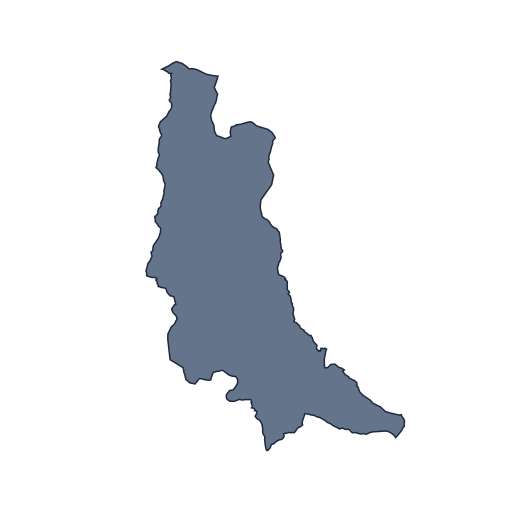 Campeni, Alba, Romania (orthographic projection), rotated 348°
{"feature_id": "2599482B40303754210637", "entity_name": "Campeni", "entity_type": "district", "adm_level": 2, "iso_a3": "ROU", "parent_name": "Romania", "parent_adm1": "Alba", "projection": "orthographic", "projection_center": [23.042, 46.415], "detail": "fine", "context": "isolated", "style": "filled", "palette": "slate", "viewbox_px": 512, "rotation_deg": 348, "n_neighbors": 0, "source": "geoboundaries", "source_scale": "gbopen_adm2", "svg_char_len": 6101}
<svg xmlns="http://www.w3.org/2000/svg" viewBox="0 0 512 512"><g transform="rotate(348 256 256)"><path d="M362.3,456.9L362.9,455.8L364.5,454.1L365.8,453.3L365.7,452.4L367.0,448.3L366.6,445.8L365.4,443.5L365.1,441.3L363.2,441.4L361.3,440.6L354.9,437.6L350.2,435.0L346.3,429.5L339.7,424.3L337.9,420.9L331.7,414.5L329.1,410.2L328.6,405.7L328.4,404.8L327.8,404.5L327.8,403.7L327.6,403.3L328.1,402.7L328.2,401.7L328.1,400.7L326.9,398.8L321.8,394.8L321.6,394.6L321.7,393.9L321.6,393.6L318.3,390.1L316.9,386.5L318.7,385.9L316.9,383.9L315.0,382.7L313.9,382.3L310.8,378.3L310.0,378.0L306.5,377.7L303.5,379.8L302.7,380.0L300.7,379.9L300.1,379.2L300.2,377.1L301.4,370.9L303.6,366.0L304.6,363.3L304.5,363.0L305.7,361.9L304.9,360.8L304.0,360.5L302.7,361.0L301.6,360.0L300.2,359.9L299.6,361.7L299.1,362.4L298.3,361.7L297.3,362.3L297.0,360.9L295.8,359.5L296.5,357.3L297.1,356.1L294.8,352.2L294.5,351.4L294.2,349.9L294.0,347.5L293.5,346.5L293.3,345.1L291.9,345.0L289.8,342.6L289.7,342.2L288.2,340.7L287.5,339.8L287.6,338.6L285.7,337.0L284.6,335.8L284.3,335.1L284.1,333.4L281.6,329.6L279.6,328.5L279.5,328.0L279.8,327.4L280.7,325.9L280.3,321.0L280.1,320.3L281.7,316.1L281.9,315.0L281.9,314.3L281.2,312.6L281.2,311.6L281.7,310.3L280.8,308.6L281.3,307.4L281.2,305.9L281.3,302.9L281.1,302.1L280.4,301.4L279.6,299.7L281.1,298.8L281.0,297.8L280.5,296.8L279.6,295.4L281.1,288.4L280.9,287.8L281.3,287.3L279.9,285.5L279.5,285.3L279.6,284.6L280.2,284.6L279.5,282.7L277.7,281.2L275.0,279.4L274.4,278.8L274.1,277.7L274.3,276.2L274.4,272.4L274.6,271.4L275.6,270.4L275.9,269.2L276.4,268.8L276.7,267.7L277.0,267.2L278.2,266.2L278.7,265.1L280.2,263.0L280.3,262.5L280.3,259.9L280.6,258.9L281.7,257.9L282.8,257.4L283.0,256.9L283.1,256.2L282.4,254.7L282.3,253.9L282.7,248.9L282.6,247.5L282.7,246.7L283.4,244.9L283.3,243.2L283.5,241.7L283.7,237.5L282.6,235.8L282.4,234.5L282.0,233.9L278.5,230.9L276.8,228.0L276.3,225.6L274.8,223.3L271.7,220.6L270.5,219.0L270.2,218.2L270.3,214.9L270.0,212.3L270.5,208.1L272.5,202.1L286.1,189.5L290.1,180.5L288.4,172.4L287.5,166.5L289.0,163.7L289.1,161.4L292.0,156.5L293.7,152.9L295.7,149.5L295.9,148.0L296.8,146.3L299.0,144.9L299.4,143.9L297.4,138.6L294.1,134.7L283.5,128.8L280.5,124.8L278.5,123.5L275.5,123.4L268.5,124.0L263.8,123.5L262.5,124.5L259.1,124.5L258.4,125.1L256.7,129.0L256.5,130.0L256.2,133.7L251.9,134.8L250.6,134.8L249.4,134.5L246.0,132.1L242.7,130.2L242.4,129.7L241.4,125.9L241.5,123.4L242.0,119.6L241.3,116.1L240.6,114.0L240.8,113.0L240.8,110.2L241.0,108.6L243.4,104.5L245.8,101.0L246.0,100.3L248.3,97.9L250.3,93.9L250.6,92.2L252.1,89.9L250.2,82.5L253.9,76.5L256.2,72.1L251.7,70.8L248.9,69.4L246.3,68.5L244.0,67.0L237.5,61.8L234.8,60.3L232.0,59.3L229.8,59.4L229.2,58.8L228.5,57.6L227.0,55.7L223.7,52.2L218.5,49.3L214.7,50.1L209.9,51.9L202.9,53.7L204.2,54.3L206.8,56.8L207.5,57.1L207.9,57.6L208.4,58.9L209.0,59.3L211.0,59.7L211.4,59.9L210.5,60.9L210.1,61.7L210.3,63.1L210.2,64.2L209.9,65.2L208.9,66.7L208.7,67.4L208.8,69.2L208.5,70.1L208.5,71.0L208.3,71.7L206.4,78.1L205.5,79.8L205.5,82.6L205.3,83.5L205.1,84.0L203.7,85.1L203.6,85.8L203.8,86.7L204.8,88.3L205.1,89.1L204.7,90.9L204.9,91.9L203.8,94.0L202.4,95.6L201.2,96.3L198.4,99.9L197.7,100.7L190.5,104.8L187.6,108.7L187.5,109.6L188.1,111.6L188.0,112.3L187.8,112.7L188.2,114.7L188.0,115.3L188.8,117.7L188.6,118.9L187.8,119.8L186.0,121.3L185.3,122.8L185.1,124.4L183.1,129.5L181.9,133.7L182.4,135.7L182.5,136.9L182.3,137.7L180.5,140.1L177.7,146.2L178.0,147.2L177.8,147.5L176.7,148.2L176.6,148.8L179.1,152.2L179.5,153.6L180.3,154.2L180.4,155.1L181.4,157.7L181.6,158.7L181.3,163.1L182.0,166.8L181.4,169.1L180.9,169.9L180.6,170.8L179.9,171.9L179.2,174.2L179.2,175.6L177.7,178.3L176.6,180.8L175.2,182.6L174.8,183.6L174.0,184.1L173.8,186.6L172.4,188.4L170.4,189.5L169.3,191.7L169.1,193.1L168.8,193.7L166.8,195.8L165.3,196.2L165.0,197.5L165.0,200.2L164.6,201.2L166.1,204.3L166.9,206.7L168.4,208.6L168.4,209.2L167.4,213.2L166.3,214.7L165.6,216.5L164.0,218.5L158.0,224.2L157.2,225.8L156.1,229.4L154.1,230.5L154.2,234.6L151.0,239.1L149.1,240.3L145.2,247.9L145.6,250.5L145.0,251.8L145.0,252.5L145.1,252.8L149.2,255.1L153.3,256.3L153.7,256.7L154.3,257.8L153.0,258.7L153.8,260.0L153.9,260.6L153.6,262.5L154.3,263.9L154.0,265.5L155.6,266.2L156.0,266.7L161.0,268.8L161.5,273.0L163.6,277.0L163.9,277.3L164.8,277.3L167.2,279.0L167.5,286.7L166.4,286.7L165.9,286.9L162.8,289.9L162.5,290.6L162.4,291.2L162.7,292.6L163.3,294.7L165.5,298.0L165.6,301.3L165.2,301.9L164.3,302.7L162.1,305.6L158.4,307.7L153.6,314.0L152.4,319.0L150.4,339.6L161.5,350.1L161.4,353.5L161.2,354.1L161.7,357.0L161.7,362.0L164.7,366.2L169.8,368.5L175.1,364.1L175.9,364.3L182.0,367.1L184.9,367.9L186.0,367.6L188.3,363.5L189.6,361.5L190.3,360.9L192.4,360.8L192.9,360.6L194.2,360.9L199.3,360.8L200.0,361.2L204.7,366.7L207.7,368.6L210.9,369.6L211.5,370.5L212.4,373.0L211.4,376.9L207.7,380.7L206.0,382.1L205.5,382.3L202.4,382.0L198.7,385.0L198.1,385.9L197.7,387.0L197.6,389.2L197.9,390.2L200.0,392.5L202.4,393.2L204.5,393.6L209.9,392.8L212.8,394.1L214.8,394.1L221.1,395.3L221.5,397.8L220.8,398.0L220.9,399.9L221.2,402.1L221.0,403.3L220.2,403.6L222.0,404.5L222.5,404.9L222.8,405.5L222.9,406.1L222.5,406.9L224.7,408.3L224.2,409.7L223.7,410.4L221.9,412.5L222.1,413.3L223.3,415.4L224.3,416.5L225.5,417.3L226.4,420.1L227.0,422.6L226.7,422.8L226.7,423.3L226.8,425.2L226.5,426.3L226.4,427.3L225.8,430.4L226.3,432.8L227.1,434.5L226.2,437.7L225.7,443.7L225.7,447.1L225.9,448.1L226.2,448.6L227.3,448.6L228.3,447.6L229.4,447.0L230.5,445.8L231.4,444.2L232.3,443.5L234.4,443.4L236.2,442.2L238.9,441.1L240.9,440.7L243.1,440.7L244.1,440.2L245.1,439.4L246.0,438.1L246.1,435.6L248.6,435.7L251.0,435.4L252.7,435.9L256.9,436.7L261.2,432.8L263.9,432.2L266.5,431.0L266.4,429.3L267.1,427.1L271.2,420.3L273.7,421.3L276.7,422.9L279.4,423.8L282.4,426.1L285.0,427.3L289.4,431.3L291.1,433.5L293.8,435.4L296.7,438.4L299.2,440.3L301.6,442.5L305.1,442.4L307.0,444.0L311.1,445.0L312.9,448.3L313.6,449.0L316.3,449.3L321.3,451.9L324.5,452.1L326.8,453.3L330.5,452.4L333.9,452.3L341.7,453.5L344.5,453.8L348.0,454.6L350.8,456.7L353.6,459.8L354.9,462.7L362.3,456.9Z" fill="#64748b" stroke="#1e293b" stroke-width="1.5"/></g></svg>